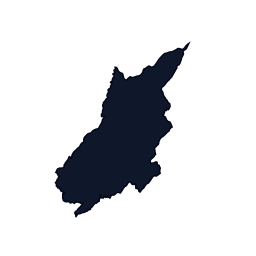 Bucaramanga, Santander, Colombia (Equal Earth projection), rotated 24°
{"feature_id": "7082276B15400349523065", "entity_name": "Bucaramanga", "entity_type": "district", "adm_level": 2, "iso_a3": "COL", "parent_name": "Colombia", "parent_adm1": "Santander", "projection": "equal_earth", "projection_center": [-73.115, 7.167], "detail": "fine", "context": "isolated", "style": "filled", "palette": "ink", "viewbox_px": 256, "rotation_deg": 24, "n_neighbors": 0, "source": "geoboundaries", "source_scale": "gbopen_adm2", "svg_char_len": 5833}
<svg xmlns="http://www.w3.org/2000/svg" viewBox="0 0 256 256"><g transform="rotate(24 128 128)"><path d="M157.4,94.7L157.7,93.8L157.7,91.4L157.2,90.3L156.4,89.0L153.8,88.1L152.7,87.0L151.1,86.4L150.1,85.8L149.6,85.2L148.8,84.9L148.1,84.4L146.6,83.1L145.9,82.0L144.7,80.8L143.0,79.8L142.6,79.0L142.4,78.1L142.4,77.1L143.3,75.4L143.8,74.1L145.0,69.3L146.1,67.0L146.2,65.6L147.1,64.0L148.0,54.5L148.2,53.8L147.9,52.4L147.4,51.7L147.3,51.1L147.5,50.6L148.7,49.8L148.9,49.4L149.1,47.5L148.8,43.6L148.4,42.3L148.6,40.0L148.6,38.0L148.1,37.1L147.2,36.0L147.1,35.5L147.2,34.9L148.5,32.9L149.0,31.7L149.2,26.0L148.3,27.4L147.5,29.5L147.3,30.8L146.9,32.1L146.5,33.2L145.9,33.9L145.3,34.2L142.5,34.6L141.3,35.1L139.8,37.4L137.5,40.2L137.1,40.6L135.8,41.2L134.2,42.5L133.1,43.8L131.7,44.6L131.2,45.2L130.8,45.8L130.0,47.6L128.6,51.9L128.2,53.6L127.4,58.6L126.8,60.8L125.9,62.0L124.8,62.9L124.4,63.0L122.6,62.8L121.9,62.8L120.6,64.8L119.8,66.5L118.9,67.1L118.5,67.8L118.4,68.7L118.8,71.0L118.7,72.4L118.2,73.8L117.4,75.3L116.5,76.1L114.6,77.4L114.2,78.1L113.5,78.5L112.4,79.7L110.7,80.3L109.4,80.3L108.9,80.6L107.7,83.2L107.3,84.3L106.9,84.9L106.1,85.1L104.4,84.7L102.8,82.9L102.2,82.0L100.8,80.5L98.4,80.6L96.7,80.2L95.6,79.6L94.2,78.2L92.8,77.4L92.5,77.4L91.5,77.8L92.4,79.0L92.3,80.1L92.0,80.7L91.8,80.8L91.9,81.4L92.2,81.7L93.0,81.7L93.2,82.1L93.3,82.5L93.1,83.3L92.3,84.5L92.3,85.0L92.6,85.2L93.2,84.9L93.7,85.0L93.9,85.2L94.1,86.1L94.2,86.7L94.0,87.7L93.9,89.1L93.9,89.8L94.3,90.5L94.3,91.2L94.3,91.7L93.5,93.0L93.5,93.5L95.1,94.0L95.3,94.3L95.1,96.8L95.6,98.9L95.5,99.8L95.3,100.0L94.6,100.1L94.5,100.3L94.3,101.2L94.4,101.7L95.3,102.4L95.5,102.8L95.4,105.9L95.6,106.9L95.9,107.4L97.0,108.5L97.2,108.9L96.2,110.6L95.9,112.9L95.3,114.4L95.3,114.8L95.6,115.9L95.6,117.3L96.1,118.4L97.1,119.3L97.5,120.0L97.7,122.7L98.3,123.7L98.5,124.5L98.2,126.2L98.8,127.7L99.2,128.2L99.7,128.2L101.0,127.2L101.6,127.2L101.7,127.4L101.9,128.3L101.6,128.8L101.5,130.1L101.3,130.7L101.7,132.3L101.8,134.6L101.5,136.7L101.4,139.4L100.8,141.0L99.0,142.3L97.5,144.1L96.8,145.4L96.4,147.2L95.8,147.9L94.2,149.1L93.7,149.7L92.1,153.9L92.0,154.8L92.2,156.2L93.0,158.0L93.1,159.2L92.8,159.8L92.3,160.0L92.0,160.5L91.5,162.3L91.4,164.6L91.2,165.4L90.4,166.6L89.1,170.1L88.5,171.2L88.1,172.9L87.9,175.4L88.3,177.5L88.3,178.8L88.2,179.0L87.9,179.0L86.7,178.0L86.3,177.9L85.9,178.6L85.9,179.4L86.1,181.0L85.7,182.4L85.4,183.9L85.0,185.1L85.0,186.8L84.7,187.7L85.2,188.7L85.3,189.7L85.1,190.5L84.2,191.4L81.9,192.4L80.6,193.7L80.3,194.2L80.2,194.9L80.2,197.9L80.5,197.8L81.2,198.0L82.3,198.7L83.5,199.7L84.8,200.1L84.5,201.3L84.7,202.8L84.5,203.7L84.2,204.0L84.3,204.3L84.5,206.2L84.1,206.7L84.1,207.2L84.0,207.5L85.4,208.2L85.8,208.2L85.6,208.9L86.1,210.1L87.8,210.7L88.2,210.5L88.4,209.8L88.4,210.6L88.3,211.1L90.1,210.8L90.1,211.4L91.1,211.5L91.1,211.2L92.1,211.3L92.0,212.7L95.8,213.0L96.9,213.3L96.9,213.7L96.2,214.4L95.6,214.1L95.2,214.2L95.3,215.1L96.8,218.5L98.1,220.0L98.4,220.2L98.5,220.5L99.8,220.8L100.6,220.8L101.5,220.2L102.1,220.4L102.3,220.2L102.4,219.6L102.8,219.5L103.1,219.6L103.3,219.1L103.8,219.1L105.3,219.9L105.9,219.9L106.6,219.3L106.9,218.3L109.6,218.7L110.0,217.6L112.0,216.0L113.1,216.0L114.3,215.8L115.7,216.0L116.3,215.7L117.4,214.8L117.5,215.2L117.2,216.2L117.2,216.9L116.7,218.5L116.6,219.3L115.4,221.9L115.0,224.2L114.1,225.5L113.9,226.2L113.9,226.9L114.0,227.4L115.6,228.6L116.1,229.7L116.5,230.0L116.9,228.8L116.8,228.0L117.1,226.9L117.7,226.6L118.9,225.9L121.0,223.6L121.7,223.4L122.3,222.8L122.5,222.4L123.0,222.2L123.1,221.6L124.1,220.8L124.3,220.8L124.7,220.1L124.8,219.6L125.1,219.1L125.7,218.6L125.7,218.1L126.2,218.1L126.7,217.7L126.3,217.1L126.6,216.4L126.5,216.1L127.4,214.5L127.4,213.7L127.7,213.2L127.8,212.1L127.9,211.7L128.6,210.4L129.1,209.7L129.7,209.5L130.3,207.6L130.6,207.6L130.8,207.4L130.9,207.0L131.4,206.7L130.9,205.3L130.8,204.0L129.8,201.3L130.2,201.0L130.2,200.5L130.7,200.8L131.4,203.0L133.7,201.7L133.7,201.2L134.0,201.8L134.2,201.4L133.9,200.1L134.3,199.9L135.1,200.2L136.2,199.3L136.3,200.0L136.5,199.8L136.6,199.5L137.7,199.6L139.4,198.7L139.6,199.0L139.7,198.7L140.1,198.8L140.0,197.1L139.7,197.1L139.5,196.7L140.2,196.5L141.0,195.6L142.4,195.0L143.0,194.2L143.5,192.7L144.5,191.0L147.5,190.4L147.5,189.4L147.9,188.8L147.8,188.0L148.2,186.4L148.2,185.8L148.0,185.4L148.4,184.6L148.7,183.1L150.0,181.2L150.3,178.2L151.3,176.6L151.7,176.3L152.3,176.3L153.1,176.8L153.2,176.6L153.5,177.1L154.6,177.7L155.7,177.6L157.4,176.1L158.2,177.1L159.0,178.7L159.9,180.0L160.6,179.7L161.5,179.5L162.1,179.6L162.6,180.0L163.7,181.4L164.7,181.7L165.2,181.4L165.4,179.8L165.7,178.5L166.9,176.0L166.8,175.2L166.8,174.9L166.6,174.9L166.6,174.4L166.2,174.1L166.5,173.9L166.6,174.3L166.8,174.4L167.1,174.3L167.1,173.7L167.6,171.7L169.1,169.8L169.3,168.4L169.5,168.0L169.7,167.1L170.4,162.6L170.9,161.6L171.6,160.8L172.8,160.6L173.3,160.3L173.7,160.0L175.8,156.3L174.9,155.1L174.2,153.8L174.0,153.0L173.9,152.1L173.7,151.4L173.4,151.2L172.9,151.2L172.6,150.5L171.5,149.4L171.2,149.4L170.5,150.0L169.5,149.5L169.2,149.0L169.0,148.2L168.4,147.5L168.1,147.4L167.5,147.5L166.7,148.2L165.7,149.4L163.8,150.7L163.3,150.8L162.2,150.0L161.5,149.1L161.7,147.4L162.0,146.5L162.5,145.6L163.3,143.7L163.5,141.8L163.9,140.9L162.3,138.7L160.4,135.5L160.7,134.4L161.3,133.4L161.7,131.7L162.1,131.2L162.3,130.5L162.3,129.7L161.8,128.5L161.7,127.8L161.7,124.9L161.9,124.0L164.1,120.0L165.6,115.9L166.7,113.9L166.6,112.8L166.6,111.5L167.3,110.1L167.9,109.4L167.6,108.9L166.5,107.7L164.3,105.8L163.8,105.6L161.7,105.7L161.1,105.5L159.6,104.7L158.2,103.2L157.5,102.7L156.3,102.6L155.5,102.9L155.1,102.9L154.4,102.3L154.5,101.8L155.0,101.6L155.1,100.9L155.0,99.1L154.7,98.2L154.5,97.7L154.5,97.2L154.8,96.9L155.7,96.7L156.1,96.1L156.1,95.7L155.8,95.2L155.9,94.6L156.7,94.4L157.4,94.7Z" fill="#0f172a" stroke="#020617" stroke-width="1.5"/></g></svg>